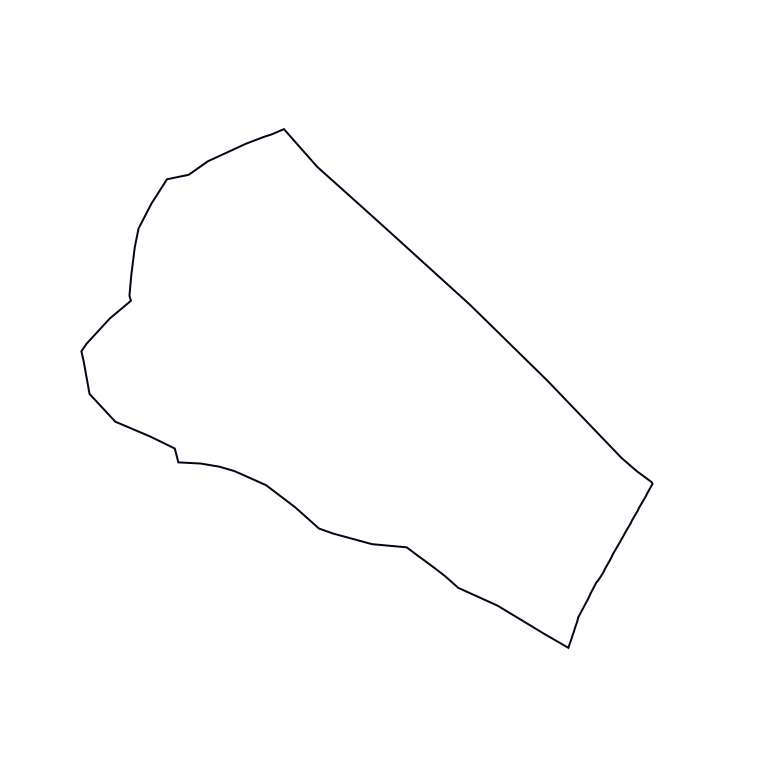 the district of Reduit Orchard, Gros Islet, Saint Lucia, rotated 120°
{"feature_id": "8701671B13742843200127", "entity_name": "Reduit Orchard", "entity_type": "district", "adm_level": 2, "iso_a3": "LCA", "parent_name": "Saint Lucia", "parent_adm1": "Gros Islet", "projection": "equal_earth", "projection_center": [-60.953, 14.066], "detail": "fine", "context": "isolated", "style": "outline", "palette": "ink", "viewbox_px": 768, "rotation_deg": 120, "n_neighbors": 0, "source": "geoboundaries", "source_scale": "gbopen_adm2", "svg_char_len": 1163}
<svg xmlns="http://www.w3.org/2000/svg" viewBox="0 0 768 768"><g transform="rotate(120 384 384)"><path d="M335.2,102.9L333.1,121.5L329.3,141.3L299.3,244.6L288.2,287.8L284.4,302.4L272.2,350.0L247.9,462.3L243.0,485.4L241.1,494.3L229.3,550.5L213.3,598.1L224.0,606.1L230.3,611.8L245.2,623.9L279.2,647.9L300.4,657.7L315.2,674.3L344.0,675.6L372.1,674.3L390.2,668.2L415.8,657.4L434.8,648.6L438.5,644.8L464.3,654.2L497.7,661.7L507.0,662.4L514.8,655.2L539.9,634.0L551.0,597.8L546.4,560.3L544.5,532.9L554.7,522.9L544.5,502.9L538.0,485.4L534.3,470.4L532.4,452.9L530.6,435.5L535.2,399.2L541.7,368.0L538.9,353.0L528.7,314.3L514.1,282.7L515.5,271.3L517.8,250.6L519.8,235.4L523.4,217.7L519.2,174.9L519.8,143.2L520.3,120.4L520.3,95.1L520.3,92.4L516.4,93.2L510.4,94.3L507.3,95.1L502.6,95.9L499.6,96.7L493.5,97.8L489.0,99.1L467.5,99.8L461.5,100.4L455.4,100.6L449.7,100.9L447.6,100.3L445.9,100.3L442.7,100.0L437.0,99.9L433.6,100.2L424.2,100.2L420.0,100.4L416.6,100.7L402.3,100.6L392.5,100.8L389.6,100.8L381.3,100.7L378.5,101.0L376.2,101.0L366.4,100.9L364.7,101.2L361.4,101.2L350.1,101.1L346.9,101.4L336.3,101.5L335.2,102.9Z" fill="none" stroke="#020617" stroke-width="2"/></g></svg>